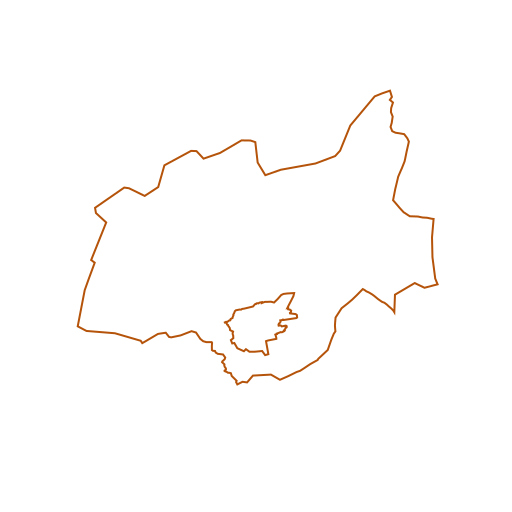 outline of Bosso, Niger, Nigeria, rotated 65°
{"feature_id": "59680162B93998087230069", "entity_name": "Bosso", "entity_type": "district", "adm_level": 2, "iso_a3": "NGA", "parent_name": "Nigeria", "parent_adm1": "Niger", "projection": "equal_earth", "projection_center": [6.502, 9.642], "detail": "fine", "context": "isolated", "style": "outline", "palette": "amber", "viewbox_px": 512, "rotation_deg": 65, "n_neighbors": 0, "source": "geoboundaries", "source_scale": "gbopen_adm2", "svg_char_len": 4072}
<svg xmlns="http://www.w3.org/2000/svg" viewBox="0 0 512 512"><g transform="rotate(65 256 256)"><path d="M286.9,395.9L286.6,392.3L285.4,380.0L285.2,377.8L285.6,376.3L287.4,370.2L292.6,369.0L293.9,367.2L296.1,357.9L296.9,346.2L300.0,342.7L307.6,341.5L310.9,339.9L313.0,337.5L315.3,332.6L316.1,332.5L319.0,334.1L322.6,335.7L323.7,335.1L324.7,333.3L326.5,333.3L328.5,332.0L331.3,327.5L335.0,326.8L336.3,328.0L337.3,331.1L337.9,331.6L340.9,330.4L341.8,331.0L343.2,331.2L345.1,330.8L346.0,331.1L346.2,331.3L346.5,331.9L346.5,332.8L346.8,333.1L347.4,332.8L348.7,331.5L349.9,330.8L350.6,329.5L351.6,328.3L354.5,328.7L360.9,326.3L361.8,327.3L364.5,327.2L364.3,321.4L366.8,317.5L363.1,309.3L369.8,292.6L378.3,286.6L378.5,277.6L378.3,268.2L378.7,264.6L378.1,260.2L376.9,252.5L376.3,244.1L375.5,243.0L371.5,230.7L364.5,223.9L363.5,222.9L359.2,218.2L357.9,215.9L354.6,214.7L352.3,213.8L351.2,213.2L349.2,212.1L345.4,209.9L339.7,200.8L339.5,200.5L337.8,193.2L336.2,187.3L334.1,181.2L331.1,173.2L332.7,172.0L334.7,170.9L336.6,169.2L338.2,168.1L340.0,166.9L342.2,165.7L344.5,164.6L346.6,163.6L348.7,162.4L350.9,161.1L352.6,159.4L355.2,158.0L357.7,157.0L360.9,155.5L363.6,154.6L365.4,154.4L349.8,146.4L347.6,123.6L356.0,116.7L358.4,103.4L352.2,103.1L331.7,96.6L313.5,88.6L297.5,79.4L297.0,80.2L296.2,81.4L293.7,84.7L292.6,86.7L291.6,88.6L290.3,90.4L288.7,92.5L286.2,97.4L285.0,99.8L283.3,100.9L279.8,103.0L278.8,103.7L277.2,104.2L273.4,105.4L265.4,107.6L263.4,108.2L261.6,106.9L254.3,101.6L253.4,100.9L252.3,100.0L246.0,95.0L244.3,93.7L242.5,91.7L239.3,88.1L238.2,86.8L234.7,83.1L233.1,81.4L231.3,80.0L224.8,75.2L218.5,70.3L216.9,69.1L215.2,69.1L213.4,69.1L213.2,69.1L210.0,69.8L208.2,70.2L205.8,73.6L203.2,77.5L200.4,79.8L195.9,79.5L192.8,76.8L187.4,73.2L182.6,72.9L179.1,71.0L174.8,67.0L171.1,68.7L169.3,65.6L162.8,64.7L161.9,73.0L161.5,81.0L177.6,115.4L196.1,135.3L198.9,142.0L197.3,163.0L188.3,197.1L186.7,213.4L172.0,215.0L152.5,208.5L149.0,212.2L145.1,220.3L147.4,245.0L145.6,262.4L135.8,265.6L133.3,270.4L135.1,300.7L152.2,315.5L154.5,331.5L140.9,342.5L138.3,346.5L144.3,381.5L149.4,382.9L162.3,377.6L190.0,407.1L193.9,405.0L206.2,417.4L214.6,425.7L244.4,447.3L252.3,441.3L266.4,416.5L284.1,396.3L286.9,395.9ZM336.2,304.5L337.2,307.2L331.7,311.9L325.7,312.4L325.2,314.5L321.6,314.3L320.9,311.3L318.5,310.3L317.1,310.2L315.8,309.7L315.3,309.1L314.8,308.7L313.8,309.5L312.3,310.8L310.0,310.2L308.4,310.5L307.8,310.7L306.8,310.5L305.9,311.2L304.8,311.1L303.7,311.2L303.3,312.3L303.0,312.3L303.0,310.9L303.6,309.9L303.1,307.6L303.1,307.1L303.4,306.7L303.2,306.2L302.4,305.6L302.3,304.9L302.3,303.5L301.0,302.5L300.4,301.6L299.5,301.3L298.5,299.9L297.1,298.5L296.7,297.2L297.6,293.5L298.1,292.5L298.3,292.1L298.1,291.0L298.6,289.3L298.7,289.0L300.5,280.1L299.9,278.7L299.4,277.6L299.3,277.2L299.2,276.7L299.5,276.3L299.2,275.2L299.6,274.4L300.0,273.8L299.7,272.7L300.3,270.2L301.1,270.6L301.2,268.6L301.3,267.6L301.4,267.2L302.3,265.2L302.9,263.8L303.6,262.1L303.7,261.8L305.8,259.3L304.3,254.9L302.0,249.6L302.0,247.1L303.1,243.7L305.7,237.1L306.5,237.7L308.2,239.1L311.6,243.4L314.8,247.6L316.5,249.7L316.7,248.9L317.4,249.3L317.6,249.3L317.9,249.1L318.0,249.2L318.2,248.9L318.3,248.8L318.3,248.7L318.5,248.5L318.7,248.2L319.0,247.9L319.4,247.8L320.3,247.2L321.6,248.1L321.9,249.3L322.4,249.4L325.4,244.6L326.8,243.9L328.2,244.4L329.1,244.7L329.3,245.7L326.3,255.9L325.7,257.9L325.5,258.4L325.0,258.5L325.1,259.3L325.0,259.7L324.9,260.1L324.6,261.2L325.2,261.3L325.9,261.5L326.7,262.7L326.9,263.8L327.8,264.7L328.7,264.9L329.2,263.2L329.8,262.7L330.7,262.4L331.6,258.6L332.2,257.9L333.0,258.0L333.4,258.2L333.6,258.5L333.6,259.1L333.4,259.1L333.5,259.3L333.4,259.4L333.9,259.6L335.0,261.3L335.1,261.5L335.2,261.9L335.6,261.7L335.8,261.6L336.0,262.1L336.1,263.8L336.1,264.4L336.0,264.9L335.6,265.6L335.3,266.1L335.4,266.5L335.1,269.9L335.6,270.0L335.4,271.7L337.1,271.9L338.8,272.2L339.7,272.6L337.7,280.6L337.5,282.0L337.4,282.9L350.2,286.3L349.7,289.6L344.7,290.6L342.4,297.1L341.9,298.3L340.0,302.4L337.8,303.6L336.2,304.5Z" fill="none" stroke="#b45309" stroke-width="2"/></g></svg>